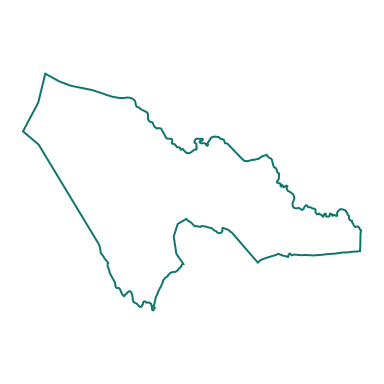 outline of Grande Ravine, Dennery, Saint Lucia
{"feature_id": "8701671B908189837343", "entity_name": "Grande Ravine", "entity_type": "district", "adm_level": 2, "iso_a3": "LCA", "parent_name": "Saint Lucia", "parent_adm1": "Dennery", "projection": "equal_earth", "projection_center": [-60.928, 13.943], "detail": "fine", "context": "isolated", "style": "outline", "palette": "teal", "viewbox_px": 384, "rotation_deg": 0, "n_neighbors": 0, "source": "geoboundaries", "source_scale": "gbopen_adm2", "svg_char_len": 6070}
<svg xmlns="http://www.w3.org/2000/svg" viewBox="0 0 384 384"><path d="M361.0,230.1L360.6,230.0L360.1,229.7L359.7,229.2L359.3,227.8L358.9,227.2L357.6,226.4L355.3,227.0L355.0,226.9L354.3,225.9L353.7,225.4L353.3,224.0L352.1,222.3L352.1,221.4L351.9,220.8L350.9,220.6L349.3,219.5L348.9,218.1L349.0,217.2L348.8,215.8L348.6,215.3L348.2,215.0L347.6,214.6L347.3,213.0L347.1,212.6L346.2,211.8L345.9,210.9L345.2,210.4L344.5,210.0L342.6,209.4L340.6,209.1L339.4,209.8L337.9,211.5L337.3,212.5L337.0,213.2L337.3,214.1L337.1,214.6L337.2,215.3L337.0,215.8L336.6,215.9L335.9,215.8L335.3,215.5L334.5,214.9L334.1,214.8L332.6,215.8L332.1,215.4L332.0,214.5L331.9,214.3L331.3,214.2L330.6,213.5L330.1,213.5L329.7,214.5L329.5,215.9L329.2,216.4L328.8,216.6L326.9,216.6L326.4,216.4L325.8,215.9L325.7,214.7L325.8,214.4L325.8,213.9L325.5,213.6L325.2,213.6L324.5,214.1L323.9,214.7L323.6,215.5L323.5,216.0L323.3,216.6L322.8,216.6L322.5,216.3L322.2,215.9L321.1,214.8L320.7,214.5L319.5,214.2L319.2,213.6L318.8,213.6L318.3,214.0L317.4,214.3L316.9,214.3L315.8,212.6L315.5,212.0L315.4,211.2L315.5,209.7L315.4,209.4L314.4,208.8L312.1,208.3L311.2,207.6L310.1,207.2L308.7,207.3L308.1,207.1L307.3,205.9L306.4,205.3L305.8,205.5L304.8,206.4L304.5,206.8L303.6,208.9L303.0,209.4L302.5,209.8L301.5,209.7L299.7,208.4L298.7,207.9L298.4,207.9L297.0,208.4L295.5,208.3L294.1,207.8L293.8,207.6L293.1,206.8L292.7,205.6L292.5,204.5L292.8,202.5L293.9,199.7L294.4,198.0L294.1,196.8L293.1,194.2L290.4,192.2L288.5,191.2L287.4,190.4L286.6,188.5L286.6,188.1L287.4,186.2L286.8,185.7L285.8,185.8L284.2,187.1L283.6,187.2L283.1,186.7L282.9,185.9L282.4,185.2L282.1,185.3L281.6,186.3L281.3,186.5L280.9,186.4L280.5,185.9L280.5,185.4L280.8,184.7L280.8,184.3L280.3,183.6L278.8,183.1L277.5,182.9L277.2,182.6L277.1,181.9L277.2,181.3L277.4,180.9L278.3,179.9L278.7,179.1L278.9,177.3L279.1,174.0L279.0,173.6L278.8,173.2L278.0,172.9L277.4,172.3L276.4,169.2L276.1,168.5L275.7,168.0L274.4,167.5L273.7,166.7L272.8,163.7L271.9,159.8L271.5,159.2L271.1,158.7L269.3,157.8L268.5,157.2L267.1,155.7L266.6,154.8L264.6,155.6L263.9,155.7L261.9,156.5L260.8,157.1L259.7,158.0L259.6,158.3L259.3,158.5L257.9,159.0L255.9,159.3L254.1,159.9L253.3,159.9L253.1,159.9L253.0,159.7L252.6,159.7L251.5,160.1L247.2,161.2L244.7,161.0L244.2,160.8L241.8,158.6L233.8,150.3L227.6,143.8L226.8,143.4L225.0,143.2L224.9,142.7L223.9,140.0L222.9,139.4L222.1,139.0L221.0,139.0L219.7,138.1L219.0,137.2L216.8,136.8L214.2,136.6L213.7,136.6L212.8,137.1L211.7,137.3L211.0,137.8L210.4,139.0L207.9,142.7L207.6,143.5L208.0,144.2L207.9,145.0L207.6,145.6L207.3,145.7L206.7,145.5L206.2,145.0L205.6,143.7L204.9,143.3L204.5,143.2L201.1,143.3L200.5,143.1L199.6,142.2L199.7,141.5L200.0,141.2L200.9,140.9L201.8,140.8L202.4,140.5L202.7,139.8L202.7,139.1L202.4,138.8L199.8,138.8L199.2,138.9L197.8,138.6L197.0,138.7L195.4,139.3L194.8,140.7L194.5,141.0L194.4,142.3L194.8,142.8L195.9,143.4L196.2,143.7L196.5,144.3L196.4,145.8L196.7,148.8L196.4,149.5L194.7,149.5L190.6,152.6L189.0,153.3L186.8,152.9L185.7,152.2L184.9,151.5L183.6,150.0L182.9,149.0L182.4,149.0L181.8,149.3L181.5,149.6L181.1,149.8L180.7,149.6L179.7,147.6L179.4,147.4L176.9,147.1L176.7,146.9L176.1,146.0L174.8,144.4L173.7,143.9L172.5,143.8L172.0,143.4L171.8,143.0L172.3,140.7L172.0,139.3L171.6,138.9L171.1,138.8L166.9,138.6L166.4,138.1L164.8,135.6L164.2,134.1L161.1,128.7L159.6,128.2L156.8,128.2L156.5,128.4L156.2,128.0L154.9,127.0L154.0,126.1L152.9,123.2L152.5,122.5L152.0,122.2L150.4,122.0L149.2,121.0L148.3,119.8L148.0,119.1L147.9,117.4L147.9,115.4L148.0,114.3L147.7,113.5L147.2,112.7L146.0,111.8L143.4,110.5L142.1,109.9L138.7,107.5L138.2,107.2L136.8,106.8L136.2,106.0L135.8,104.8L135.6,103.4L135.1,101.2L134.1,100.0L132.9,98.9L130.7,98.0L129.3,97.7L127.9,97.5L126.6,97.6L125.4,97.7L124.3,98.0L119.5,98.0L111.8,96.6L92.3,90.1L70.9,85.8L59.2,81.4L45.3,73.7L38.2,102.7L23.0,131.3L38.7,144.7L99.1,244.7L100.2,248.5L100.7,252.7L101.5,254.0L103.1,255.9L105.0,259.1L106.5,260.7L108.2,263.0L107.8,263.4L107.6,263.8L107.7,266.5L107.8,267.0L108.3,267.9L109.4,270.8L109.5,272.0L109.8,273.2L114.9,282.3L115.1,283.3L115.4,285.5L115.6,286.5L115.8,287.1L116.7,288.0L117.3,288.1L118.3,288.0L119.1,288.2L119.5,288.6L120.0,289.4L121.9,293.7L122.6,294.7L124.1,296.2L125.7,294.3L127.1,293.0L128.2,291.7L129.2,291.3L129.9,291.3L130.5,291.4L131.0,292.1L131.6,293.1L132.2,294.8L132.6,296.8L132.8,299.8L133.3,301.5L134.2,302.5L135.8,303.1L136.7,303.7L137.2,304.1L137.8,304.9L139.4,306.5L140.4,306.9L140.9,307.0L141.7,306.5L142.1,305.1L142.9,304.3L143.2,302.7L143.5,301.8L144.3,301.3L144.8,301.3L146.7,302.7L148.9,302.5L149.9,302.9L151.0,303.9L151.6,305.5L152.0,307.2L152.2,309.7L152.4,310.2L153.3,310.3L154.8,307.8L153.9,306.4L153.7,305.6L154.4,303.8L155.6,298.3L155.9,296.9L157.1,294.7L158.5,291.0L159.5,289.1L159.8,288.4L160.9,286.6L161.5,285.1L162.5,282.9L163.4,280.1L164.2,279.0L165.2,277.9L167.0,276.7L168.0,275.6L168.4,274.8L169.5,273.9L170.4,272.9L171.2,272.5L172.0,272.4L172.6,272.0L175.2,271.9L175.8,271.7L176.6,271.2L178.3,269.6L178.9,268.5L180.8,266.9L181.2,266.5L181.8,264.9L182.5,264.3L183.4,264.0L176.4,253.9L173.7,236.5L177.7,224.0L186.3,218.9L186.6,219.4L187.7,220.4L191.0,222.5L192.0,223.4L192.5,224.1L194.9,226.3L196.8,226.1L199.9,226.9L200.4,226.9L201.8,226.0L204.9,226.4L209.8,227.8L211.4,228.0L212.2,228.6L213.4,229.9L214.0,230.3L216.3,231.3L217.3,232.6L218.4,232.9L220.1,233.1L220.6,233.0L221.7,232.3L222.2,231.4L222.4,230.8L222.3,228.6L222.5,228.1L222.8,227.9L224.5,228.4L225.7,229.0L226.5,229.1L228.3,229.8L229.2,230.4L230.2,231.7L231.8,232.5L257.8,262.6L261.0,259.9L265.8,258.0L275.5,255.1L276.7,254.7L278.1,253.8L278.8,253.9L279.7,254.4L283.1,255.7L285.7,256.2L286.3,256.5L287.9,257.0L288.2,256.9L288.3,256.3L288.2,256.1L288.3,255.5L289.5,253.6L290.1,253.6L291.2,254.9L292.0,255.3L292.4,255.2L293.6,254.7L296.1,254.7L300.8,255.2L305.2,255.0L308.3,255.1L309.4,255.3L311.4,255.2L312.9,255.5L314.5,255.3L321.0,254.9L328.6,254.0L334.2,253.7L343.7,252.4L345.9,252.4L347.8,252.5L349.4,252.1L354.5,251.6L357.3,251.5L360.0,251.1L360.0,250.9L360.2,247.6L360.3,245.4L360.5,234.2L361.0,230.1Z" fill="none" stroke="#0f766e" stroke-width="2"/></svg>